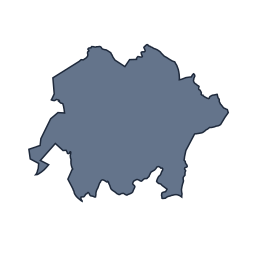 San Mateo Piñas, Oaxaca, Mexico, rotated 111°
{"feature_id": "50627088B69367718674541", "entity_name": "San Mateo Piñas", "entity_type": "district", "adm_level": 2, "iso_a3": "MEX", "parent_name": "Mexico", "parent_adm1": "Oaxaca", "projection": "robinson", "projection_center": [-96.334, 15.975], "detail": "fine", "context": "isolated", "style": "filled", "palette": "slate", "viewbox_px": 256, "rotation_deg": 111, "n_neighbors": 0, "source": "geoboundaries", "source_scale": "gbopen_adm2", "svg_char_len": 5766}
<svg xmlns="http://www.w3.org/2000/svg" viewBox="0 0 256 256"><g transform="rotate(111 128 128)"><path d="M173.2,53.1L171.8,53.6L170.8,53.8L169.9,54.1L169.0,54.7L167.9,55.3L166.4,56.0L165.5,56.2L162.9,56.7L160.4,57.0L159.6,57.0L158.3,57.1L157.3,57.3L156.5,57.9L155.7,58.2L155.0,58.6L154.2,58.7L153.3,58.5L152.4,58.2L151.8,57.9L150.2,58.4L149.3,58.8L148.2,58.9L147.7,58.8L147.1,58.9L146.8,59.3L146.4,60.1L145.9,60.6L144.7,60.6L143.5,59.3L142.9,58.9L142.3,59.1L141.7,59.6L141.1,60.2L140.7,61.0L140.2,61.7L139.5,62.1L139.0,62.5L138.6,62.6L138.0,64.1L136.0,64.5L134.6,64.9L128.3,65.9L109.8,63.7L109.2,62.9L108.9,62.1L108.5,61.5L107.9,60.4L106.0,57.3L105.2,56.5L103.1,55.1L102.1,54.7L101.4,54.1L100.3,53.2L98.6,52.2L98.2,52.0L98.0,51.1L97.4,49.9L95.7,47.4L94.9,46.7L93.7,44.7L93.1,44.0L91.6,42.8L83.2,41.3L77.7,39.9L75.2,41.9L75.2,43.3L75.0,44.8L75.0,45.9L74.8,46.3L74.3,47.1L73.6,48.2L73.4,48.7L73.0,49.2L72.4,50.5L71.9,50.8L70.7,52.2L69.2,52.8L68.4,53.3L67.6,54.7L65.3,56.4L64.8,56.6L64.6,56.9L65.0,57.5L66.1,59.1L66.5,59.8L66.9,60.6L67.7,61.5L69.1,62.6L69.8,62.9L70.5,62.9L70.9,62.8L71.3,62.9L71.7,63.3L71.7,63.9L71.8,65.1L71.5,66.8L71.5,67.5L71.2,68.6L71.0,69.4L70.5,69.8L70.7,70.6L70.7,71.2L70.4,71.7L68.9,72.1L67.9,73.0L67.2,73.9L66.9,74.1L66.8,74.8L66.7,75.4L66.5,75.8L66.1,76.1L65.6,76.3L63.7,76.6L63.4,77.3L63.4,78.2L63.0,79.2L62.7,80.0L62.6,80.8L62.3,81.7L61.9,82.5L61.1,83.3L60.6,83.7L60.2,83.9L58.8,84.1L58.3,84.3L55.6,84.2L54.7,84.7L53.9,85.9L53.9,86.3L55.9,87.0L57.5,87.1L60.2,92.0L63.3,95.4L64.6,97.4L63.3,97.8L62.1,98.3L59.5,99.5L58.5,100.1L57.6,100.6L55.4,102.0L52.1,104.9L50.8,106.6L49.5,108.1L49.6,110.6L49.0,114.1L48.3,117.3L48.0,119.8L46.2,123.8L45.5,124.9L45.0,126.4L44.5,128.8L44.4,131.2L44.5,132.5L44.1,134.2L44.1,136.1L44.0,136.7L43.8,136.8L43.9,137.9L43.9,138.4L43.5,138.9L43.2,139.3L43.2,139.8L43.5,140.4L44.2,140.8L44.9,141.2L45.5,141.3L46.0,141.8L46.7,142.0L47.3,142.0L48.0,141.1L49.7,139.6L50.6,139.7L51.0,140.0L51.7,141.8L52.1,142.4L52.7,142.8L53.2,142.6L54.2,142.0L55.3,140.9L55.8,140.3L56.3,140.3L56.7,140.5L57.1,141.3L57.4,142.3L57.5,143.4L57.7,144.3L58.2,144.6L60.0,145.0L60.9,144.6L63.6,151.0L71.8,152.9L69.3,164.5L67.3,167.4L65.5,169.2L64.8,170.2L63.9,171.1L63.2,174.4L62.9,176.4L63.3,178.3L63.4,179.9L63.3,180.7L62.5,181.7L62.1,182.4L62.0,183.2L62.1,183.8L63.0,185.4L63.4,186.5L64.0,187.0L64.1,187.4L64.3,188.0L64.5,189.3L64.5,189.6L64.7,190.2L65.0,191.1L65.6,191.3L66.4,191.3L66.7,192.0L67.5,193.3L68.1,193.6L68.5,193.7L68.9,193.6L69.1,193.4L69.4,192.6L69.6,192.4L69.9,192.3L70.2,192.2L70.6,192.3L70.9,192.7L71.6,192.9L72.7,192.6L73.6,191.9L75.1,191.5L75.6,191.5L76.5,191.8L77.6,192.2L79.7,193.7L80.1,193.9L80.5,194.4L80.8,195.5L80.9,196.0L81.2,196.4L83.1,197.3L108.1,216.1L122.6,209.1L128.3,209.5L129.2,209.7L129.3,208.8L129.0,207.2L128.7,206.4L128.3,206.0L127.2,205.3L126.9,204.8L127.0,204.3L126.9,203.7L126.8,203.2L126.9,202.1L127.2,201.8L127.7,201.9L127.9,202.1L128.3,200.9L128.7,200.1L128.8,199.5L128.6,198.5L128.8,197.4L129.3,197.1L130.6,196.1L133.4,194.4L136.7,192.6L138.7,198.9L147.1,203.5L169.2,205.5L175.8,203.8L183.4,212.9L191.9,208.2L193.1,198.7L198.0,197.3L200.1,197.2L201.8,197.0L203.5,197.1L204.7,197.5L204.3,196.7L203.8,195.8L202.7,194.9L200.3,193.2L197.4,191.5L194.6,190.3L190.7,188.9L189.7,198.2L168.5,190.3L172.3,180.6L171.0,177.8L172.2,176.3L173.3,175.5L173.4,175.0L173.3,174.5L173.0,174.1L172.6,173.8L172.0,173.7L170.9,173.5L170.8,173.1L171.4,172.6L173.2,172.2L174.3,172.1L176.5,171.0L177.7,170.0L178.2,169.7L179.2,169.5L180.1,169.1L181.8,168.4L183.4,167.4L185.4,165.8L186.1,164.9L187.5,165.4L189.1,165.4L197.3,165.8L202.6,159.8L204.5,157.7L205.7,156.7L206.4,155.8L208.0,154.8L209.1,153.6L210.4,151.7L211.3,149.7L212.6,145.8L212.8,144.6L212.5,144.7L211.7,145.9L211.1,146.5L210.2,146.9L209.4,147.1L208.8,146.3L208.2,144.8L207.9,144.5L206.5,144.0L205.0,143.8L204.4,143.2L204.0,142.8L203.4,142.7L202.5,142.2L202.6,141.7L202.8,141.3L203.3,140.4L203.8,140.2L204.2,139.6L204.6,139.0L204.7,138.4L204.6,138.0L204.3,136.4L204.3,135.9L204.4,134.6L204.3,134.0L203.9,133.6L203.2,133.8L202.1,134.0L201.1,134.3L200.8,134.5L199.4,134.8L198.5,134.9L197.5,135.0L196.2,134.9L195.3,134.7L194.2,134.7L193.0,134.7L190.5,134.8L189.2,134.7L188.5,134.4L187.4,134.4L186.8,134.3L186.2,133.9L185.5,133.2L185.4,132.6L185.4,131.6L185.7,129.8L186.0,128.7L185.8,128.0L185.7,127.6L185.2,127.6L185.6,126.8L186.0,126.5L186.6,126.1L188.1,124.5L189.1,123.7L190.5,122.5L191.1,121.8L191.7,120.3L192.3,117.6L192.7,116.3L193.2,115.0L193.4,112.8L193.0,111.8L192.4,111.4L191.7,110.8L191.1,109.8L190.7,109.0L190.7,108.0L191.0,107.1L191.1,106.2L191.1,105.2L190.9,104.8L190.6,104.6L190.0,104.1L188.9,102.8L188.0,101.9L187.1,101.2L186.0,100.7L183.8,100.7L181.7,100.5L180.4,100.5L179.5,101.3L179.2,102.2L178.7,103.3L178.2,103.7L177.3,103.8L176.5,103.8L175.6,103.6L175.1,103.3L174.7,102.9L174.0,102.5L173.6,102.0L172.9,101.3L172.7,100.5L172.7,98.9L172.8,98.4L173.0,97.7L172.9,96.8L172.7,96.3L171.5,95.6L170.8,95.4L169.2,94.3L168.8,92.9L168.5,92.5L168.2,92.1L167.1,91.8L166.6,91.4L165.6,91.0L164.5,91.1L163.6,91.0L162.7,90.9L162.0,90.9L161.3,90.7L160.7,90.6L159.9,89.9L159.3,89.4L158.6,88.9L157.8,88.2L155.9,87.4L154.2,87.1L153.2,86.1L153.0,85.1L153.1,84.2L153.4,83.6L153.7,82.9L153.5,82.5L153.2,81.7L153.7,80.9L154.8,80.6L155.6,80.6L156.1,80.9L159.5,80.9L160.5,81.1L161.2,81.4L162.2,82.0L164.5,82.3L166.5,82.3L167.5,82.2L168.0,81.6L168.5,80.5L168.8,79.5L168.6,78.4L168.6,77.1L169.4,75.6L171.1,69.6L174.0,70.1L174.5,70.9L175.5,72.3L176.2,72.8L176.7,73.1L177.9,72.8L178.8,72.6L179.6,72.0L180.6,71.5L181.4,71.1L181.4,70.4L181.0,69.6L180.2,68.0L178.8,67.1L178.1,66.6L177.6,66.1L176.9,65.1L176.2,64.1L175.7,63.6L175.3,63.2L174.6,62.0L173.7,60.8L173.2,59.8L172.8,58.7L172.6,57.6L172.6,55.5L173.2,53.1Z" fill="#64748b" stroke="#1e293b" stroke-width="1.5"/></g></svg>